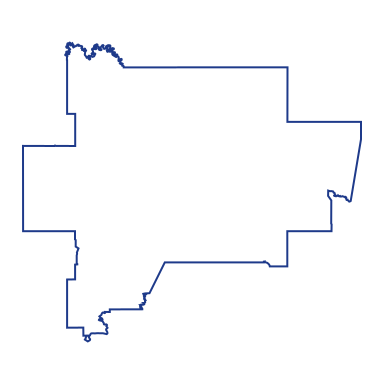 the district of Greater Shepparton, Victoria, Australia
{"feature_id": "25037944B15813892804113", "entity_name": "Greater Shepparton", "entity_type": "district", "adm_level": 2, "iso_a3": "AUS", "parent_name": "Australia", "parent_adm1": "Victoria", "projection": "natural_earth1", "projection_center": [145.313, -36.427], "detail": "fine", "context": "isolated", "style": "outline", "palette": "blue", "viewbox_px": 384, "rotation_deg": 0, "n_neighbors": 0, "source": "geoboundaries", "source_scale": "gbopen_adm2", "svg_char_len": 5581}
<svg xmlns="http://www.w3.org/2000/svg" viewBox="0 0 384 384"><path d="M361.0,121.9L287.4,121.9L287.5,67.3L123.7,67.4L123.7,66.4L123.5,66.0L123.1,65.8L122.3,65.8L122.2,65.5L122.7,63.8L122.4,63.6L121.6,64.3L121.2,64.3L120.0,63.6L119.8,63.3L120.2,62.8L120.7,62.4L120.5,62.0L120.1,61.6L120.0,61.0L120.5,60.4L121.4,60.2L121.7,59.8L121.6,59.1L121.2,58.9L120.2,59.2L119.6,59.8L119.1,60.8L118.6,61.0L118.4,60.4L118.7,58.3L118.7,57.3L118.3,56.6L117.4,56.3L117.3,56.0L117.3,54.8L117.1,54.5L116.8,54.4L116.2,54.9L116.1,55.6L116.6,56.7L116.2,57.0L115.5,56.7L114.9,56.2L114.7,54.1L115.0,52.8L114.9,52.5L114.7,52.2L114.1,52.2L113.2,53.4L113.3,54.4L113.7,55.0L113.6,55.5L112.8,55.0L112.4,54.5L112.2,53.2L112.5,51.2L112.1,50.9L111.5,51.1L111.3,50.9L111.2,50.1L111.9,49.5L113.1,49.5L113.7,49.3L113.9,48.8L113.7,48.4L112.5,48.1L111.8,48.4L110.6,50.4L110.4,51.7L110.0,51.8L109.4,51.4L109.3,50.7L109.6,50.2L110.5,49.3L110.7,48.8L110.5,48.4L109.9,48.5L109.0,50.1L108.2,50.9L107.9,51.7L107.5,51.8L107.2,51.6L106.8,50.4L107.5,49.1L107.5,48.7L107.4,48.4L106.6,48.1L106.5,47.9L106.5,47.4L106.7,47.0L108.1,46.7L108.6,46.3L110.0,46.7L110.3,46.6L110.4,45.9L109.9,45.3L108.1,45.2L106.2,46.2L105.4,48.5L105.1,48.7L104.3,48.9L104.0,48.8L102.7,46.7L103.0,46.3L103.5,45.9L103.6,45.6L103.1,45.1L102.4,45.2L100.7,47.3L100.0,48.6L100.1,48.9L100.5,49.1L101.4,49.3L101.5,49.6L101.3,50.0L100.8,50.2L99.6,50.0L99.2,49.8L98.8,49.3L98.4,47.9L98.8,47.3L98.6,46.7L97.1,46.3L96.6,46.4L95.2,47.2L94.9,47.0L95.2,46.3L97.4,45.1L97.5,44.8L97.4,44.6L96.8,44.3L94.6,45.3L94.1,46.0L93.8,47.8L94.3,48.1L95.2,47.8L95.8,47.7L96.2,47.9L96.4,48.6L96.2,49.0L95.8,49.2L94.5,49.0L93.5,49.1L92.5,48.6L92.2,48.8L92.0,49.5L93.0,51.3L93.1,52.1L92.9,52.5L92.5,53.0L92.1,53.1L91.6,53.8L91.8,54.2L92.8,54.4L93.5,54.2L94.6,53.4L95.0,53.5L95.3,53.9L94.1,56.3L92.8,56.8L92.3,56.9L91.3,56.0L90.2,56.1L89.0,55.7L88.7,55.8L88.6,56.5L89.0,57.1L89.9,57.7L90.2,58.1L90.1,59.2L89.4,59.5L88.7,58.9L88.8,58.1L88.5,57.7L87.8,57.1L87.5,57.0L87.0,57.8L86.7,57.8L86.5,57.5L86.4,56.9L84.9,55.0L84.8,54.4L85.2,52.0L84.8,51.3L85.8,51.0L86.1,50.6L86.1,50.4L85.6,50.0L85.1,50.0L84.3,50.8L83.9,50.9L83.6,50.3L83.8,49.9L84.1,49.6L85.0,49.5L85.2,49.2L85.1,48.8L84.9,48.7L84.5,48.7L82.9,50.0L82.5,50.1L82.0,49.9L82.0,49.5L82.3,48.6L82.2,48.3L81.4,48.0L81.6,47.4L82.2,46.9L82.0,46.3L80.9,45.9L78.8,45.9L79.0,45.1L78.7,44.8L78.2,44.6L77.3,44.8L76.5,45.8L76.0,45.8L75.6,46.3L75.1,46.4L73.9,46.3L73.7,46.4L73.8,47.2L73.4,47.4L72.9,46.6L72.8,46.3L73.6,45.3L73.4,44.9L72.7,44.1L72.6,43.6L72.3,43.2L71.8,43.6L71.4,45.1L70.7,45.4L70.2,45.1L70.1,44.7L70.3,43.1L70.1,42.8L69.7,42.6L69.0,43.0L68.9,43.4L69.0,44.4L68.7,44.6L68.4,44.5L68.1,43.4L67.8,43.3L67.5,43.5L67.2,44.3L67.2,44.8L68.0,45.8L68.2,46.5L68.1,46.8L67.2,46.7L66.9,46.3L66.5,46.3L66.2,46.9L66.6,47.7L67.0,47.9L68.8,47.9L70.1,49.3L69.9,49.6L69.5,49.8L68.9,49.8L68.6,50.2L68.6,50.6L68.8,51.0L69.8,51.6L69.9,52.0L69.6,52.3L68.6,52.8L68.7,53.1L69.2,53.7L69.2,54.0L68.8,54.2L68.5,54.1L68.0,53.5L67.6,53.3L67.3,52.6L67.4,51.9L67.1,51.6L66.7,51.6L66.3,51.8L66.2,52.1L66.3,52.7L67.2,53.7L67.2,54.0L65.7,54.1L65.2,54.9L65.3,55.2L65.6,55.4L67.0,55.5L67.3,55.8L67.4,56.2L67.0,57.0L66.9,59.4L66.9,59.9L67.1,60.0L67.1,113.9L75.2,113.9L75.2,146.0L55.3,145.9L55.0,145.6L54.6,146.0L23.0,145.9L23.1,231.2L75.0,231.2L75.0,239.4L75.7,240.1L75.7,246.6L78.5,248.4L76.9,252.5L77.1,253.8L76.7,255.4L76.7,263.3L77.3,263.9L77.3,264.4L75.1,264.6L75.1,279.4L67.1,279.5L67.1,327.7L83.3,327.6L83.4,335.7L87.4,335.6L85.8,337.4L85.7,338.2L84.9,339.6L87.8,341.4L89.7,340.3L90.0,339.9L90.1,339.2L89.0,337.5L89.0,336.6L90.2,334.9L90.5,334.1L90.9,333.6L91.8,333.3L92.7,333.3L94.9,333.4L97.1,333.2L103.1,333.3L106.7,334.1L107.4,333.4L107.4,332.6L107.2,331.9L106.1,329.9L106.2,329.1L107.5,327.9L107.5,327.6L106.4,326.3L106.6,325.7L107.0,325.1L106.8,324.7L106.4,324.4L104.3,324.5L103.9,324.2L103.7,322.9L103.0,322.0L102.6,321.1L99.3,320.3L98.9,320.0L99.0,319.6L99.4,319.2L100.1,319.0L101.4,319.6L102.4,319.3L102.2,318.7L101.7,318.2L100.5,317.7L99.4,316.4L101.4,314.9L101.9,313.4L102.6,312.6L103.2,312.5L104.5,313.1L104.9,313.0L105.1,312.8L105.1,312.4L105.0,311.9L109.8,312.0L109.8,309.4L142.3,309.3L142.3,308.7L141.5,307.4L140.4,308.1L140.5,307.4L140.1,307.0L140.1,306.8L140.2,306.4L140.1,306.0L140.5,305.6L140.2,305.2L141.0,305.2L140.8,304.7L141.1,304.6L141.3,304.9L143.1,304.1L143.7,304.0L143.7,304.5L144.2,304.3L144.1,303.7L143.8,303.5L143.9,303.4L144.3,303.4L144.4,303.2L144.1,303.0L144.5,303.0L145.1,302.4L145.2,302.1L145.0,301.6L145.2,300.8L145.0,300.4L145.5,300.2L145.3,299.9L145.1,300.0L145.1,299.8L144.9,299.8L144.9,299.3L144.5,299.3L144.4,299.2L144.5,298.9L144.1,298.7L144.4,297.7L144.2,297.3L144.6,297.2L145.1,296.6L145.0,296.4L144.7,296.1L144.5,296.5L144.3,296.5L143.9,295.8L144.2,295.3L144.9,295.3L146.3,294.1L145.2,293.6L144.6,294.0L143.9,294.1L143.4,294.1L143.3,293.8L145.2,293.4L149.5,293.2L164.8,262.4L263.9,262.4L263.9,261.6L264.7,261.5L264.6,262.0L267.4,262.9L269.1,264.5L269.7,265.8L269.8,266.4L287.3,266.4L287.3,231.2L331.5,231.2L331.6,224.3L331.2,223.7L331.3,200.4L328.1,195.9L328.2,190.6L330.0,191.2L331.2,191.1L333.0,191.4L333.7,192.7L334.4,192.8L334.6,193.1L334.9,194.2L335.0,194.8L334.1,195.5L334.2,195.8L334.4,195.9L334.7,195.6L335.3,195.8L335.5,196.1L336.0,196.3L337.0,195.6L338.0,196.0L338.2,195.5L338.6,195.9L339.2,196.0L339.8,196.4L340.2,196.1L340.5,196.5L341.0,196.6L342.5,196.2L343.4,196.6L343.9,196.6L345.0,197.3L345.6,196.9L346.2,197.5L346.3,197.9L346.0,198.4L346.6,199.9L347.6,199.7L347.8,200.3L348.5,200.8L349.0,201.5L349.6,201.6L350.7,201.0L361.0,139.3L361.0,121.9Z" fill="none" stroke="#1e3a8a" stroke-width="2"/></svg>